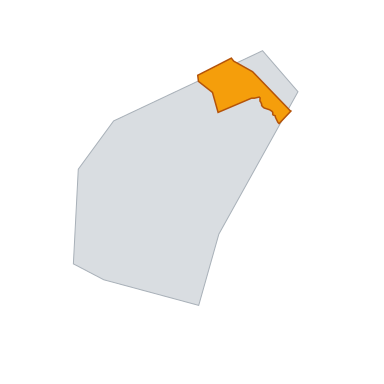 Barbados, with Saint Peter highlighted, rotated 66°
{"feature_id": "BRB-1997", "entity_name": "Saint Peter", "entity_type": "Parish", "adm_level": 1, "iso_a3": "BRB", "parent_name": "Barbados", "parent_adm1": "", "projection": "robinson", "projection_center": [-59.597, 13.271], "detail": "fine", "context": "in_parent", "style": "filled", "palette": "amber", "viewbox_px": 384, "rotation_deg": 66, "n_neighbors": 0, "source": "natural_earth", "source_scale": "10m", "svg_char_len": 877}
<svg xmlns="http://www.w3.org/2000/svg" viewBox="0 0 384 384"><g transform="rotate(66 192 192)"><path d="M236.3,308.3L209.4,329.6L124.9,286.6L95.2,234.7L91.6,70.1L143.5,54.4L241.4,184.6L298.3,232.0L236.3,308.3Z" fill="#d9dde1" stroke="#a8b0b8" stroke-width="1"/><path d="M158.3,68.7L164.9,84.6L163.3,85.2L157.8,85.4L156.5,85.1L156.4,85.0L156.2,85.0L154.6,86.6L154.1,86.6L153.6,86.6L153.3,86.3L153.0,86.2L152.5,86.1L152.0,85.8L150.7,86.2L148.5,87.6L144.5,92.0L142.3,93.0L140.8,93.1L140.3,92.7L140.0,92.6L139.7,92.6L139.4,92.7L139.1,92.7L138.4,92.6L138.0,92.6L137.6,92.7L137.1,92.9L136.6,92.9L135.8,92.6L135.2,92.3L134.6,92.0L134.3,91.7L134.0,91.6L133.8,91.5L133.5,91.6L133.2,91.8L132.6,92.0L131.7,96.7L130.5,99.5L129.9,135.8L109.4,132.8L93.6,141.1L87.7,139.3L85.7,101.6L89.4,100.7L106.8,87.7L157.5,69.3L158.3,68.7Z" fill="#f59e0b" stroke="#b45309" stroke-width="1.5"/></g></svg>